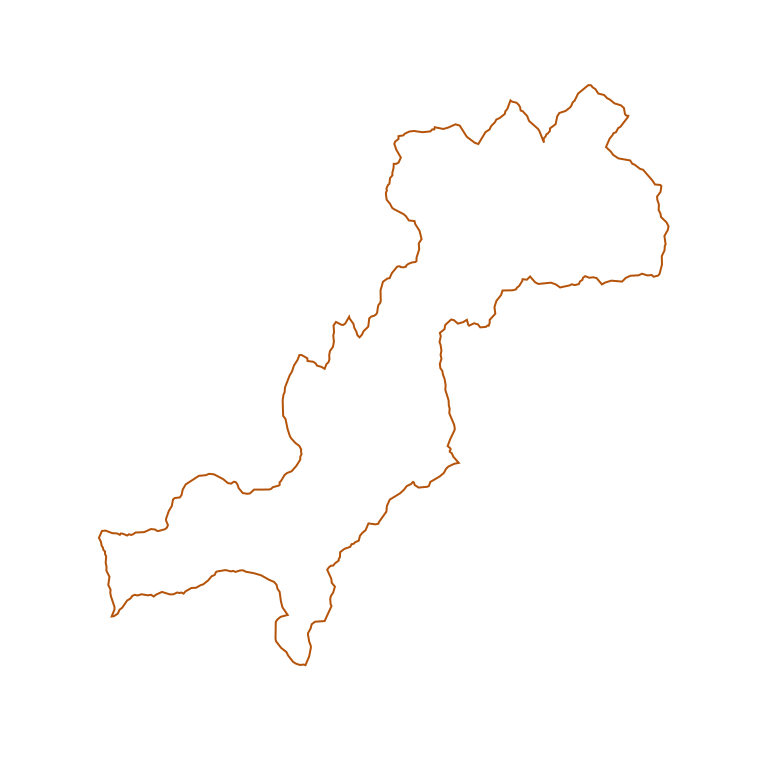 outline of Yungay, Áncash, Peru, rotated 172°
{"feature_id": "86281439B99310220517112", "entity_name": "Yungay", "entity_type": "district", "adm_level": 2, "iso_a3": "PER", "parent_name": "Peru", "parent_adm1": "Áncash", "projection": "robinson", "projection_center": [-77.695, -9.174], "detail": "fine", "context": "isolated", "style": "outline", "palette": "amber", "viewbox_px": 768, "rotation_deg": 172, "n_neighbors": 0, "source": "geoboundaries", "source_scale": "gbopen_adm2", "svg_char_len": 6131}
<svg xmlns="http://www.w3.org/2000/svg" viewBox="0 0 768 768"><g transform="rotate(172 384 384)"><path d="M683.8,277.7L687.7,271.3L686.3,267.3L686.1,263.0L685.1,261.1L685.0,258.8L683.6,257.0L683.9,254.4L683.1,252.0L684.5,245.6L684.2,241.6L684.9,237.9L682.7,231.3L685.0,223.4L683.4,218.2L684.1,215.8L684.0,212.0L681.9,200.6L682.3,198.2L686.0,191.7L683.7,191.7L679.5,193.7L677.3,197.3L674.4,198.9L668.5,205.3L664.9,206.9L662.8,209.2L660.0,209.9L657.7,208.9L653.2,209.5L647.4,207.6L644.1,207.7L641.6,205.6L639.2,207.1L632.8,209.0L625.2,205.4L621.7,205.1L617.9,206.3L615.5,205.5L613.7,205.7L611.7,204.3L609.4,206.3L603.1,208.8L598.5,208.4L593.0,210.5L591.2,210.6L585.4,214.0L581.5,217.6L578.4,218.4L576.5,221.2L575.4,221.6L566.8,221.8L561.6,219.7L559.4,219.9L557.3,218.6L552.3,219.4L549.5,219.1L546.9,217.3L539.5,214.9L532.2,211.6L525.1,206.1L520.5,203.4L518.3,200.1L518.0,196.1L516.3,192.7L516.3,183.0L515.6,176.9L511.5,168.7L518.8,167.8L522.4,165.6L524.3,163.4L526.9,146.7L526.7,144.2L522.6,137.0L518.0,132.2L516.7,128.4L512.7,121.5L510.2,119.4L506.5,117.5L502.4,117.3L500.9,116.5L496.0,124.7L493.2,132.8L492.9,134.7L493.9,139.2L494.2,146.7L493.9,147.9L490.7,152.1L489.1,156.1L485.4,158.2L475.8,157.5L466.9,171.4L467.5,173.4L467.2,178.5L466.2,181.3L463.4,184.5L460.8,190.2L463.4,194.3L463.3,198.4L466.1,208.0L463.9,210.3L461.8,211.4L459.4,211.3L457.7,213.1L453.4,215.5L453.3,216.8L451.7,218.7L450.8,223.6L446.0,226.3L440.2,227.4L438.4,229.9L436.3,230.0L434.6,231.3L430.8,232.4L429.0,236.9L426.4,239.4L422.6,241.8L418.8,248.1L411.9,246.2L409.0,246.4L408.4,247.8L399.4,257.3L398.1,262.8L394.4,268.7L383.5,273.4L379.2,276.3L375.6,279.8L371.3,281.1L368.9,283.0L368.0,282.2L367.7,279.7L364.1,276.6L355.4,276.2L353.7,276.8L351.7,280.6L341.7,284.7L337.1,287.6L334.4,291.3L331.7,293.3L325.6,295.2L321.0,295.5L325.5,302.4L326.5,306.0L328.3,307.7L328.2,308.7L327.1,309.9L327.2,310.9L329.6,313.7L326.2,320.0L320.5,328.6L320.1,330.2L320.2,333.8L323.4,346.0L322.4,350.6L322.8,353.6L322.3,358.7L324.1,369.8L323.1,374.4L323.3,380.6L324.3,385.1L324.4,388.8L326.0,391.9L325.9,396.2L323.6,400.9L323.9,405.0L322.5,409.0L322.5,414.9L323.2,417.7L321.1,423.5L321.6,426.8L316.5,429.9L315.1,434.0L308.5,438.5L305.9,437.5L302.4,433.5L297.1,434.2L293.0,436.0L292.3,430.8L291.6,429.9L286.4,431.6L282.7,430.0L280.9,426.8L280.1,426.6L275.0,426.4L273.5,427.5L272.3,427.1L270.9,429.7L270.4,432.8L264.0,438.1L263.9,444.8L261.1,450.7L255.7,455.8L253.6,460.1L243.6,458.9L240.2,459.3L238.8,461.0L236.5,462.3L232.9,466.6L232.2,468.5L228.0,467.4L224.4,470.1L220.1,463.6L217.2,461.6L204.5,461.1L199.7,458.5L196.2,455.1L186.7,455.8L184.1,456.6L181.4,455.4L177.2,455.8L175.7,458.2L173.0,459.6L172.2,461.4L169.8,462.8L165.8,460.6L162.2,460.6L158.8,459.4L154.3,452.3L150.9,453.7L144.5,454.7L134.0,452.3L129.8,455.4L124.8,456.9L116.8,456.2L113.1,457.3L107.9,454.8L103.8,454.7L102.0,452.7L97.5,453.2L95.8,454.7L92.1,463.6L91.1,472.0L87.6,477.3L86.7,481.7L85.7,483.1L85.7,491.6L81.6,496.9L80.3,500.5L81.8,504.9L86.4,510.7L86.5,514.1L87.8,518.0L86.8,523.6L87.7,528.3L87.5,531.6L83.4,535.8L81.8,541.4L82.6,542.6L87.9,543.9L89.8,548.0L97.6,560.1L100.5,561.4L105.4,566.4L107.4,567.4L109.1,571.1L120.5,574.8L125.2,579.0L127.1,582.7L131.2,587.7L126.4,595.6L123.2,598.5L121.9,600.4L119.3,601.0L116.4,604.9L114.2,605.7L105.4,614.3L104.8,615.6L106.9,616.2L107.8,617.9L108.0,623.9L110.6,627.0L116.7,629.8L120.6,634.1L123.1,635.8L125.9,639.6L131.4,641.8L133.6,646.6L136.3,648.9L136.9,650.3L137.6,651.1L140.1,651.5L151.4,644.6L155.8,638.0L157.8,636.8L160.1,633.0L161.9,631.6L166.2,629.1L172.6,628.0L175.2,625.0L177.9,617.4L184.1,614.0L184.5,611.5L187.0,609.2L188.4,608.7L189.6,606.6L191.8,604.8L192.0,600.8L194.9,612.8L195.9,615.1L203.8,624.4L204.9,629.4L208.6,634.7L210.6,635.8L210.7,639.1L211.7,641.7L213.8,644.2L217.9,645.8L219.3,647.2L223.6,639.2L225.9,637.1L226.8,634.6L232.6,631.2L235.9,630.3L237.8,627.7L242.1,624.4L244.1,621.3L248.5,619.3L257.2,608.5L260.5,610.2L267.6,617.3L273.1,629.4L277.0,631.2L284.7,629.0L289.8,628.3L298.0,631.2L298.8,629.1L300.8,629.4L302.9,627.7L310.8,628.0L319.2,630.4L323.6,630.5L328.3,629.1L330.4,627.5L335.2,627.4L335.5,624.7L339.1,622.6L340.4,620.4L339.2,614.3L335.8,605.9L338.7,601.3L341.3,600.3L343.7,600.7L344.5,596.6L346.4,591.8L346.6,589.5L349.4,587.0L350.8,581.5L352.4,580.5L354.4,577.1L354.2,575.2L355.4,573.4L355.7,571.7L355.7,566.1L353.0,561.7L351.4,557.3L350.1,556.0L341.0,549.5L339.0,547.2L336.6,542.5L331.1,541.1L330.9,538.3L327.5,530.7L326.6,522.3L330.0,518.4L330.4,512.5L334.2,504.6L334.7,501.3L335.9,500.4L339.1,500.5L343.1,499.6L345.4,498.3L345.9,497.1L348.4,496.8L351.1,497.4L352.0,498.4L354.6,498.4L360.8,492.7L363.7,488.0L365.9,488.0L370.8,485.4L374.4,477.2L375.6,467.0L376.6,464.6L378.3,463.3L379.3,461.1L380.9,455.5L382.2,454.0L384.1,453.0L387.1,452.6L389.5,451.0L391.6,443.0L396.8,439.2L399.1,435.8L401.7,433.6L403.5,435.9L404.1,439.8L405.6,443.8L405.9,447.8L409.0,453.7L409.2,455.4L414.0,449.2L416.1,448.2L417.8,448.5L422.9,452.1L425.8,449.0L426.3,442.1L427.5,439.0L427.7,433.0L429.3,428.0L432.9,424.2L434.3,420.0L434.5,416.4L435.9,413.3L438.1,411.8L440.7,407.3L443.6,409.7L447.8,411.5L448.8,413.9L451.0,415.9L456.5,417.4L456.4,420.2L461.5,424.1L463.8,424.4L466.1,420.1L470.6,414.8L473.4,409.1L476.2,405.7L482.5,394.4L483.6,389.6L485.0,387.5L486.6,382.1L488.3,366.5L486.4,363.0L485.7,352.5L484.5,345.7L483.6,343.3L480.1,338.1L476.5,334.5L475.1,330.7L475.6,329.3L475.4,326.1L477.0,323.7L477.5,320.7L482.1,315.2L487.7,310.4L492.3,309.4L495.1,307.8L499.4,302.4L501.1,301.1L501.3,298.7L502.5,298.0L508.4,297.3L510.5,295.8L512.6,295.5L527.4,297.5L532.0,294.3L534.6,294.3L539.1,295.7L542.4,301.1L543.1,305.0L544.5,307.5L546.3,308.1L549.3,306.6L552.4,307.6L556.4,312.1L564.9,318.2L569.7,319.4L573.1,318.5L580.1,318.8L594.3,312.2L598.0,307.5L599.9,302.3L601.9,300.1L607.1,300.2L609.0,299.0L611.1,292.7L614.7,288.3L618.6,280.8L618.8,278.9L617.6,274.5L618.8,272.1L621.0,270.7L627.8,269.8L629.3,270.2L631.0,271.8L635.0,272.8L642.1,270.7L650.8,271.5L653.7,270.0L655.4,269.7L657.5,270.7L659.4,269.7L663.5,272.1L665.5,272.6L666.6,271.4L668.9,273.1L673.8,274.1L680.2,277.6L683.8,277.7Z" fill="none" stroke="#b45309" stroke-width="2"/></g></svg>